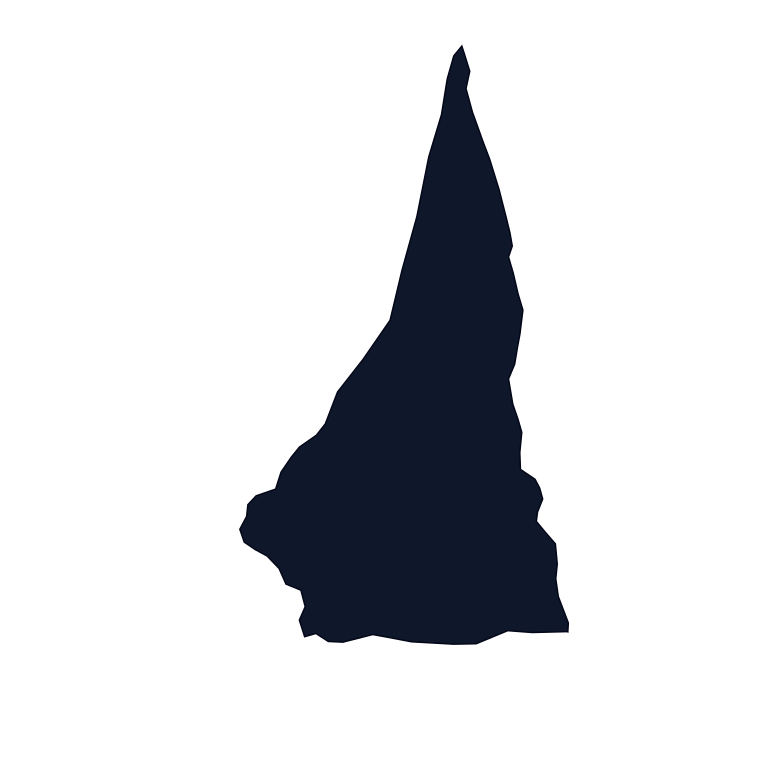 the district of Nordanstig, Gävleborg, Sweden, rotated 71°
{"feature_id": "70781695B45160094549088", "entity_name": "Nordanstig", "entity_type": "district", "adm_level": 2, "iso_a3": "SWE", "parent_name": "Sweden", "parent_adm1": "Gävleborg", "projection": "albers", "projection_center": [16.927, 62.052], "detail": "fine", "context": "isolated", "style": "filled", "palette": "ink", "viewbox_px": 768, "rotation_deg": 71, "n_neighbors": 0, "source": "geoboundaries", "source_scale": "gbopen_adm2", "svg_char_len": 1090}
<svg xmlns="http://www.w3.org/2000/svg" viewBox="0 0 768 768"><g transform="rotate(71 384 384)"><path d="M89.8,200.4L96.5,211.2L116.0,224.8L148.1,242.0L183.8,267.7L236.4,298.4L282.1,329.8L325.7,357.5L353.9,395.8L376.4,430.5L402.6,452.5L410.4,464.6L416.1,484.5L423.2,495.8L433.8,510.0L448.1,520.7L448.1,541.3L453.8,552.0L464.5,557.0L474.4,567.6L488.0,567.6L498.6,559.7L508.6,550.5L524.2,543.3L541.3,541.8L551.9,529.7L568.9,531.0L579.7,540.9L597.1,541.3L597.7,529.6L609.3,520.5L614.7,506.9L617.2,476.2L624.3,463.6L636.7,441.9L652.6,403.0L659.6,381.4L657.5,347.3L667.2,324.8L677.7,291.6L678.2,290.9L669.9,287.5L641.7,288.4L624.1,285.0L610.6,278.8L590.9,274.0L576.8,279.7L563.5,284.7L555.0,280.5L544.4,271.4L533.1,270.7L523.3,272.2L509.2,282.8L493.0,277.9L474.6,269.5L461.3,268.8L445.1,268.8L419.7,264.6L407.8,254.0L392.3,245.6L381.0,239.2L359.3,228.6L342.4,227.9L321.3,225.7L304.4,224.9L295.3,217.8L282.0,215.7L265.8,214.2L237.7,211.9L206.1,210.9L186.4,211.5L159.9,211.8L156.2,211.9L131.4,210.3L116.2,201.1L96.9,200.5L89.8,200.4Z" fill="#0f172a" stroke="#020617" stroke-width="1.5"/></g></svg>